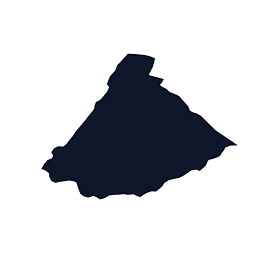 Elísio Medrado, Bahia, Brazil (Equal Earth projection), rotated 69°
{"feature_id": "56859067B75259034115126", "entity_name": "Elísio Medrado", "entity_type": "district", "adm_level": 2, "iso_a3": "BRA", "parent_name": "Brazil", "parent_adm1": "Bahia", "projection": "equal_earth", "projection_center": [-39.53, -12.938], "detail": "fine", "context": "isolated", "style": "filled", "palette": "ink", "viewbox_px": 256, "rotation_deg": 69, "n_neighbors": 0, "source": "geoboundaries", "source_scale": "gbopen_adm2", "svg_char_len": 1548}
<svg xmlns="http://www.w3.org/2000/svg" viewBox="0 0 256 256"><g transform="rotate(69 128 128)"><path d="M135.1,222.4L137.1,220.1L139.3,218.7L141.8,217.1L145.5,218.2L149.7,217.8L152.5,215.1L153.0,211.1L153.8,207.8L155.2,201.6L157.3,197.8L159.9,194.9L163.4,195.1L167.0,195.3L172.0,195.3L175.5,193.2L177.9,189.8L178.3,184.3L180.6,181.8L183.9,179.3L184.3,175.5L183.5,169.6L184.8,164.3L186.3,160.1L187.3,155.8L189.6,151.9L191.2,146.1L194.0,143.7L196.1,141.1L195.2,137.6L194.6,133.3L194.8,128.4L196.5,124.8L195.1,119.9L193.8,116.8L191.6,114.1L190.6,108.8L191.2,103.4L192.1,98.4L191.8,94.1L190.8,89.2L189.5,84.3L190.6,78.7L193.0,76.3L191.8,73.1L190.4,69.4L187.8,66.9L185.9,64.3L186.5,60.2L186.6,55.9L186.3,52.4L184.2,49.6L182.6,46.9L180.4,44.5L180.3,38.9L182.1,33.6L161.8,47.8L151.2,52.6L143.0,56.3L139.2,59.6L137.2,62.3L134.2,64.8L129.8,64.7L125.7,66.2L120.9,68.1L117.0,69.4L114.6,71.6L109.8,76.8L105.9,78.7L103.7,80.5L101.5,82.5L98.9,83.8L97.1,80.5L95.2,78.3L86.0,91.0L79.5,83.6L72.8,78.7L69.6,82.2L66.8,86.1L64.4,90.8L62.9,93.7L61.4,96.9L59.5,101.4L61.3,105.2L63.1,108.8L64.7,111.6L65.9,114.9L68.3,116.9L70.5,119.0L72.1,122.2L73.8,125.7L76.3,128.1L79.6,131.2L83.2,130.0L87.2,133.9L88.8,136.8L91.0,140.6L92.6,143.9L93.1,148.4L96.0,150.8L98.4,152.1L100.9,156.0L102.6,159.0L104.2,161.8L105.8,164.2L107.5,167.5L109.3,170.6L111.4,174.4L113.5,178.1L116.4,182.2L118.9,186.6L121.4,190.5L123.0,194.9L120.8,200.0L121.2,204.3L123.5,207.5L126.8,206.8L129.8,209.4L129.8,214.4L132.2,218.8L135.1,222.4Z" fill="#0f172a" stroke="#020617" stroke-width="1.5"/></g></svg>